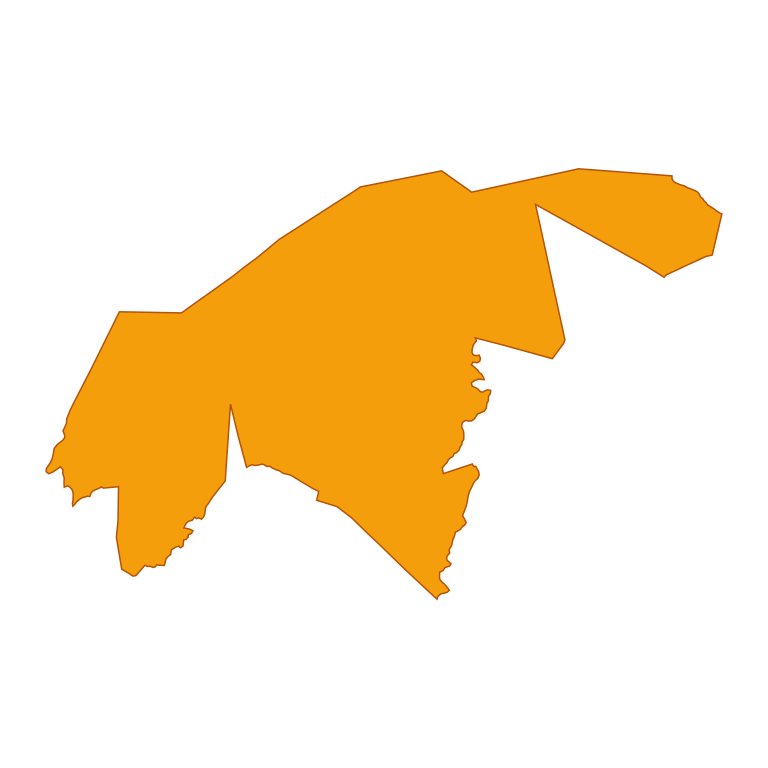 the district of Granja, Ceará, Brazil
{"feature_id": "56859067B39466543976812", "entity_name": "Granja", "entity_type": "district", "adm_level": 2, "iso_a3": "BRA", "parent_name": "Brazil", "parent_adm1": "Ceará", "projection": "natural_earth1", "projection_center": [-40.989, -3.264], "detail": "fine", "context": "isolated", "style": "filled", "palette": "amber", "viewbox_px": 768, "rotation_deg": 0, "n_neighbors": 0, "source": "geoboundaries", "source_scale": "gbopen_adm2", "svg_char_len": 3867}
<svg xmlns="http://www.w3.org/2000/svg" viewBox="0 0 768 768"><path d="M133.0,576.1L135.9,575.6L144.9,565.3L147.4,566.4L150.5,566.3L153.0,567.5L155.1,566.9L156.9,564.8L159.4,565.3L164.3,565.4L165.2,562.4L166.0,558.9L168.2,556.4L170.7,554.5L171.2,549.9L175.7,547.2L178.4,546.1L180.6,547.7L183.0,546.1L183.8,539.7L185.9,539.5L188.1,537.3L188.3,534.8L191.4,533.5L193.0,530.7L189.7,529.2L187.2,528.5L184.0,528.0L185.0,525.3L186.5,522.9L188.9,521.1L192.2,520.2L194.6,517.1L196.5,518.6L198.7,517.8L201.5,519.2L203.4,517.2L204.6,514.5L205.2,510.8L205.8,506.8L207.9,504.2L210.2,500.6L212.5,497.1L219.3,488.4L225.2,481.0L228.3,435.8L230.5,404.2L238.3,436.6L246.6,467.4L248.6,466.3L251.3,464.8L255.4,465.5L259.2,464.9L261.7,464.1L264.0,464.6L266.6,466.4L270.1,466.3L272.0,467.9L276.8,470.0L279.3,470.7L283.0,473.3L286.6,474.1L290.4,475.0L312.6,488.4L318.7,491.4L316.7,500.3L334.9,505.9L337.1,506.7L351.7,517.9L355.5,521.6L359.6,525.6L367.2,533.0L380.4,545.5L383.0,548.0L405.3,569.7L437.0,599.2L437.7,596.8L439.3,595.1L441.2,593.7L444.5,593.1L447.4,592.1L449.3,590.3L447.9,588.2L446.0,585.9L444.4,584.1L442.0,582.1L439.6,579.0L439.5,575.3L439.7,572.3L443.0,570.6L444.9,567.7L447.3,566.8L449.6,566.1L451.0,563.8L449.1,562.1L446.8,559.9L446.8,556.6L448.3,554.6L449.7,552.9L449.1,549.9L451.6,545.6L452.3,542.3L452.8,540.0L454.6,535.7L455.4,532.2L457.4,531.2L460.5,529.3L462.1,526.9L464.9,524.8L466.1,522.5L464.6,519.1L462.6,515.8L463.4,513.5L466.3,505.8L467.1,502.1L467.9,497.7L468.4,495.0L469.7,491.1L471.7,487.1L473.4,483.4L474.9,481.1L477.9,478.2L479.2,475.0L478.6,471.5L475.7,466.3L473.5,466.4L472.3,464.0L443.3,473.6L442.3,467.9L444.9,464.7L447.0,462.5L448.2,460.0L450.2,457.9L452.9,456.5L454.2,453.5L456.4,452.7L459.0,450.2L460.2,446.9L461.8,444.5L462.0,441.8L463.7,439.7L463.8,436.8L463.8,434.1L463.5,431.0L461.8,427.5L461.8,424.1L462.9,422.0L465.8,420.4L468.7,421.1L471.9,420.8L474.8,418.4L476.4,415.7L477.8,413.8L480.1,413.1L482.1,411.9L484.2,411.3L486.3,408.1L486.9,403.5L488.2,401.1L488.5,396.5L490.4,393.5L490.7,390.4L487.7,389.8L485.4,390.6L482.5,392.2L480.1,391.5L477.7,388.8L474.6,387.2L472.1,386.1L471.4,382.8L473.7,381.1L476.6,379.9L478.9,379.0L481.9,379.5L484.2,379.6L483.2,376.9L481.5,374.1L479.4,372.7L477.9,370.4L476.1,368.7L474.1,366.9L471.4,365.0L472.8,362.2L474.9,362.4L477.5,362.7L479.7,361.3L480.4,358.5L479.2,355.2L476.1,355.6L473.3,355.0L472.0,352.5L472.2,349.2L473.3,345.1L474.6,343.2L476.4,340.9L475.4,337.9L504.0,345.3L552.3,358.7L554.8,355.3L560.1,348.2L561.6,346.1L563.4,343.8L564.9,339.8L561.9,325.8L556.0,298.9L550.2,272.1L539.2,221.2L535.5,204.4L581.9,230.2L610.2,246.0L646.0,265.9L664.1,277.3L666.4,274.8L669.9,273.2L687.9,264.7L692.7,262.6L702.5,258.0L705.6,256.5L712.2,255.1L721.9,213.9L719.6,212.9L716.5,210.9L713.8,208.8L710.9,206.9L707.7,205.0L706.0,202.6L704.2,201.1L703.1,199.0L700.5,196.9L699.4,194.4L697.3,191.8L694.3,190.4L691.2,189.0L688.1,188.0L684.2,185.8L679.9,184.6L676.0,183.0L673.5,181.4L672.0,178.8L672.0,175.9L598.7,170.3L578.6,168.8L533.5,178.7L517.3,182.2L493.5,187.4L471.6,192.2L468.5,189.9L441.5,170.8L435.3,172.1L406.2,177.9L385.9,181.9L360.2,187.0L358.0,188.6L354.3,191.1L279.3,239.3L256.7,258.0L244.3,267.1L233.3,275.9L204.0,296.8L196.2,302.3L181.5,312.9L119.4,311.8L91.9,367.5L72.8,404.8L70.3,409.8L66.7,418.8L66.5,423.3L64.5,427.8L63.0,430.7L64.6,435.2L64.7,437.6L62.8,440.2L57.0,444.8L54.2,448.6L52.9,455.7L52.1,458.7L50.4,462.6L46.3,468.6L46.1,471.6L48.6,473.7L52.9,472.0L60.4,466.8L63.0,469.8L62.7,473.4L64.2,478.0L64.0,482.0L64.2,487.2L67.8,485.8L69.9,487.2L71.8,489.2L72.9,492.0L73.2,495.2L73.0,500.3L72.4,503.8L72.9,506.2L74.6,504.6L76.2,502.2L78.9,499.9L82.1,497.7L85.2,496.9L87.3,496.2L89.9,496.5L90.8,493.5L92.5,491.3L94.5,490.2L96.6,489.2L98.7,488.5L101.5,486.9L103.4,488.1L118.5,486.7L118.0,520.8L116.4,537.6L121.7,569.2L128.5,573.2L133.0,576.1Z" fill="#f59e0b" stroke="#b45309" stroke-width="1.5"/></svg>